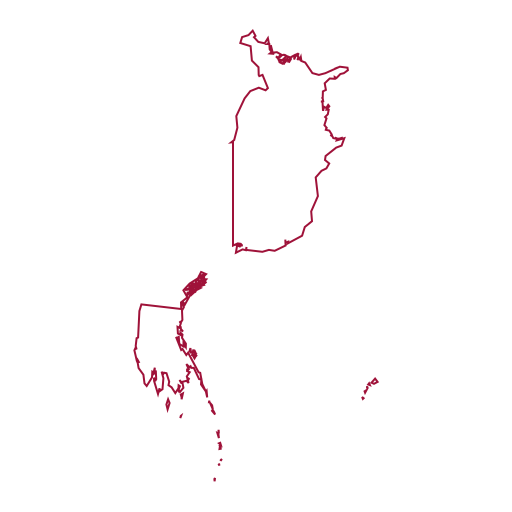 an SVG outline of United States of America, rotated 270°
{"feature_id": "USA", "entity_name": "United States of America", "entity_type": "country or territory", "adm_level": 0, "iso_a3": "USA", "parent_name": "North America", "parent_adm1": "", "projection": "robinson", "projection_center": [-126.716, 45.186], "detail": "fine", "context": "isolated", "style": "outline", "palette": "rose", "viewbox_px": 512, "rotation_deg": 270, "n_neighbors": 0, "source": "natural_earth", "source_scale": "50m", "svg_char_len": 6172}
<svg xmlns="http://www.w3.org/2000/svg" viewBox="0 0 512 512"><g transform="rotate(270 256 256)"><path d="M451.4,251.9L465.8,250.6L469.0,240.3L474.9,242.1L476.9,248.5L481.3,252.7L476.1,255.5L474.8,254.0L470.1,258.3L468.7,264.7L473.8,267.9L469.2,268.8L468.0,267.3L468.0,269.3L462.6,269.7L459.1,272.3L459.2,270.8L458.5,269.9L458.2,273.4L459.5,274.0L459.8,276.9L457.7,280.7L454.3,278.4L455.6,276.0L453.9,277.6L455.2,280.3L456.7,281.8L457.2,283.5L454.8,289.7L455.2,285.8L451.8,282.1L452.9,278.3L450.4,279.4L452.4,285.1L449.4,283.4L448.5,283.6L449.0,281.8L448.9,281.3L448.2,282.7L448.4,283.9L452.8,286.1L449.2,284.8L453.0,287.6L451.2,288.0L453.5,290.1L453.1,290.4L452.0,289.3L449.4,288.8L452.9,290.9L454.8,290.8L457.7,296.1L455.2,292.1L456.3,294.7L452.5,294.1L456.8,296.0L455.5,298.4L451.9,297.5L454.2,298.8L452.6,299.9L454.9,300.8L451.0,301.4L449.5,305.2L438.9,312.4L437.1,318.9L438.8,325.3L445.3,339.8L444.3,347.5L441.8,347.9L438.8,343.8L438.0,340.4L433.9,336.4L435.0,334.7L433.2,334.8L433.5,329.7L428.7,324.7L422.1,325.9L420.6,322.9L414.0,322.7L414.7,321.6L413.7,322.7L410.8,323.2L410.5,321.0L410.2,322.5L401.2,323.0L405.2,324.1L404.0,326.2L407.1,328.2L405.7,329.3L402.3,326.6L402.2,328.7L397.7,327.8L395.0,325.1L393.6,326.5L386.9,324.4L383.4,327.3L384.3,326.5L382.2,325.8L381.4,329.3L377.6,331.7L375.9,330.6L376.8,331.8L373.9,333.3L373.0,337.3L371.6,336.7L373.8,344.3L366.4,341.6L364.4,336.2L356.0,325.6L352.0,325.0L348.5,329.2L343.6,326.4L341.2,321.5L334.6,315.7L315.9,317.9L300.6,311.2L290.8,312.0L285.0,304.8L276.3,302.1L268.6,287.8L270.3,288.1L269.3,285.5L272.4,285.3L266.5,285.6L261.2,274.7L262.1,268.9L260.2,262.4L262.1,246.2L265.0,246.5L261.8,245.9L262.6,242.6L259.3,235.9L266.5,237.1L265.2,240.6L267.5,238.1L267.4,241.1L265.7,241.8L266.9,241.9L268.2,240.7L268.6,237.7L266.4,233.0L369.8,233.0L369.6,231.2L372.0,234.2L384.3,237.4L395.9,236.3L413.6,244.6L420.9,250.3L424.3,258.8L421.7,265.6L423.9,267.9L437.1,262.5L435.9,259.3L437.0,258.7L444.8,258.5L451.4,251.9ZM240.0,201.1L237.9,206.1L236.2,204.4L237.3,203.6L236.4,200.2L233.7,201.1L232.5,202.5L234.6,199.6L230.3,195.8L228.0,195.3L227.5,193.1L229.3,193.5L227.9,192.3L229.1,192.1L226.3,191.2L226.9,189.2L223.8,189.5L222.0,185.1L222.6,190.4L219.8,189.7L219.2,186.8L218.8,188.1L216.3,186.9L219.3,189.5L217.3,190.4L206.8,184.5L207.9,182.7L208.6,184.3L209.7,183.2L208.2,182.4L204.7,183.8L201.5,182.0L192.1,182.4L189.7,181.0L190.6,179.6L188.5,180.8L184.3,179.3L185.2,177.5L178.5,177.9L177.1,180.4L179.4,180.4L177.4,182.5L174.2,182.0L168.3,185.9L164.8,185.8L168.3,183.5L165.5,183.5L168.1,179.3L175.9,178.7L172.8,177.4L175.1,176.0L162.0,181.2L163.0,182.5L157.0,186.3L159.3,188.1L139.7,198.6L139.2,200.2L127.9,202.3L120.6,205.8L127.6,201.0L132.5,201.4L132.9,199.1L144.1,193.8L144.1,191.3L145.7,190.6L144.8,189.6L147.9,186.4L142.7,188.8L141.8,187.7L143.4,187.1L140.9,187.1L139.8,189.7L135.6,186.8L129.0,188.6L131.2,186.5L129.9,181.3L132.0,179.5L129.0,181.3L129.0,182.5L124.2,183.4L120.2,180.1L122.5,178.6L125.8,179.9L126.7,178.6L121.5,178.4L122.6,177.7L118.9,175.3L124.7,171.6L126.8,168.5L130.3,169.2L138.8,166.5L139.3,164.0L137.9,163.2L140.3,161.6L133.8,163.4L122.8,162.5L121.1,160.1L123.7,159.5L118.0,158.0L131.0,154.1L133.4,154.0L133.6,154.2L131.9,155.7L132.8,156.2L141.5,155.8L139.1,155.0L137.3,152.8L138.1,152.6L140.0,154.6L144.3,154.8L139.4,153.6L140.3,152.3L134.6,152.0L126.0,146.7L128.6,144.5L137.3,143.4L143.9,138.6L149.7,137.6L150.0,138.8L151.8,137.8L149.8,137.4L151.2,136.8L161.7,134.4L164.1,135.5L162.6,136.6L166.0,135.7L173.8,136.6L174.5,138.1L201.0,139.4L207.6,141.4L203.0,181.2L209.6,181.0L214.7,187.4L221.7,183.4L228.5,189.7L233.7,197.9L240.0,201.1ZM157.1,192.1L162.5,193.4L159.9,193.8L160.7,194.5L158.6,195.0L156.8,195.8L155.7,197.1L156.5,196.1L153.6,194.5L156.0,193.1L157.2,194.7L157.1,192.1ZM227.5,199.0L232.3,202.9L231.1,202.4L230.6,202.9L232.9,204.1L232.7,206.3L227.0,201.5L228.6,200.9L226.8,200.7L227.5,199.0ZM130.1,377.6L128.2,374.0L129.3,371.5L133.4,375.1L130.1,377.6ZM102.6,167.6L107.5,166.4L112.7,168.1L109.0,169.6L102.6,167.6ZM217.4,191.7L223.0,191.5L221.6,192.6L223.0,193.9L220.8,193.0L219.5,194.0L217.4,191.7ZM117.4,180.8L118.6,182.9L112.7,181.6L114.7,181.6L117.4,180.8ZM221.2,193.6L223.9,197.3L223.5,199.6L221.1,194.9L219.7,196.0L221.2,193.6ZM223.2,189.9L225.5,190.9L226.9,193.2L225.3,191.4L226.5,194.4L224.6,195.8L223.2,189.9ZM114.6,207.2L120.4,205.9L121.3,206.6L114.6,207.2ZM235.6,200.8L235.8,204.1L233.5,204.1L235.6,200.8ZM464.6,271.2L466.9,270.8L459.0,272.8L465.3,270.4L464.6,271.2ZM226.2,196.0L229.8,196.6L228.4,196.8L228.9,198.4L226.2,196.0ZM102.8,212.8L109.2,210.0L106.7,212.1L102.8,212.8ZM161.0,189.6L163.9,190.4L158.9,191.1L161.0,189.6ZM224.8,196.8L227.0,197.6L225.2,200.2L224.8,196.8ZM102.2,212.7L99.9,214.1L97.5,215.1L101.2,212.0L102.2,212.7ZM231.7,198.3L231.7,200.8L230.5,199.7L231.7,198.3ZM126.9,369.9L127.5,368.2L128.7,369.1L126.9,369.9ZM78.3,218.4L73.9,218.9L78.9,217.4L78.3,218.4ZM228.9,204.1L230.2,206.5L227.8,203.7L228.9,204.1ZM120.7,364.6L121.9,366.5L119.3,365.1L120.7,364.6ZM180.5,183.0L181.9,180.9L182.7,181.2L180.5,183.0ZM30.7,214.6L33.0,214.4L34.0,215.0L30.7,214.6ZM115.0,362.1L113.8,363.6L113.1,362.9L115.0,362.1ZM68.7,219.0L69.2,220.2L67.2,220.8L68.7,219.0ZM65.0,219.8L63.2,220.5L63.0,219.5L65.0,219.8ZM93.9,180.3L96.1,180.8L96.4,181.2L93.9,180.3ZM184.1,180.4L185.7,180.7L183.6,180.8L184.1,180.4ZM230.8,198.6L229.9,199.4L229.4,198.9L230.8,198.6ZM226.7,202.8L228.3,202.8L227.0,203.9L226.7,202.8ZM78.8,218.4L81.0,218.5L82.2,218.6L79.2,218.8L78.8,218.4ZM123.3,367.4L124.8,367.0L125.8,367.2L123.3,367.4ZM67.1,219.3L64.7,220.5L64.7,220.4L67.1,219.3ZM267.1,235.9L268.1,237.8L268.1,238.1L266.7,236.7L267.1,235.9ZM111.3,209.2L110.0,209.5L109.9,209.0L111.3,209.2ZM374.5,342.9L373.3,339.7L373.3,337.9L373.5,339.8L374.5,342.9ZM133.2,188.9L132.5,188.5L134.1,187.9L133.2,188.9ZM52.0,220.8L53.0,221.9L51.1,220.6L52.0,220.8ZM159.4,195.5L158.3,196.0L158.1,195.8L158.5,195.2L159.4,195.5ZM47.7,219.2L46.4,219.4L48.2,218.5L47.7,219.2ZM373.7,336.2L373.3,337.7L374.4,334.9L373.7,336.2ZM443.4,335.0L444.6,337.9L443.2,334.7L443.4,335.0ZM458.3,297.9L457.6,299.0L457.8,296.4L458.3,297.9ZM457.1,284.7L456.4,286.2L457.1,284.1L457.1,284.7Z" fill="none" stroke="#9f1239" stroke-width="2"/></g></svg>